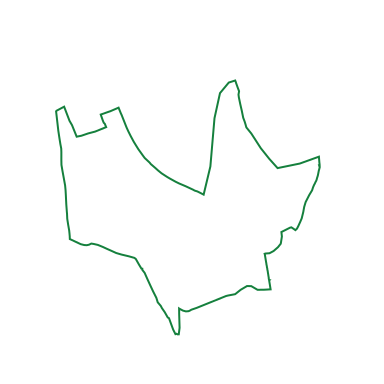 outline of Massade, Gros Islet, Saint Lucia, rotated 338°
{"feature_id": "8701671B41782818655170", "entity_name": "Massade", "entity_type": "district", "adm_level": 2, "iso_a3": "LCA", "parent_name": "Saint Lucia", "parent_adm1": "Gros Islet", "projection": "equal_earth", "projection_center": [-60.949, 14.083], "detail": "fine", "context": "isolated", "style": "outline", "palette": "green", "viewbox_px": 384, "rotation_deg": 338, "n_neighbors": 0, "source": "geoboundaries", "source_scale": "gbopen_adm2", "svg_char_len": 2996}
<svg xmlns="http://www.w3.org/2000/svg" viewBox="0 0 384 384"><g transform="rotate(338 192 192)"><path d="M273.8,104.8L267.1,104.3L255.0,110.8L240.5,132.0L218.6,175.2L201.8,198.8L199.5,196.1L197.2,193.5L195.0,191.7L193.8,190.2L189.7,185.8L188.3,184.3L186.1,182.1L183.3,179.3L180.7,176.4L176.4,171.1L174.5,168.6L172.4,165.6L170.8,163.3L168.6,159.3L167.0,156.0L165.0,152.1L164.3,150.8L163.7,148.8L160.9,142.8L160.4,140.9L160.0,139.3L158.3,132.3L157.5,127.7L156.8,123.5L156.1,117.1L155.7,112.1L155.5,107.9L155.5,106.8L155.6,93.8L155.5,92.7L155.5,86.3L146.9,86.5L136.4,86.0L136.1,92.0L136.1,94.7L136.7,96.1L136.7,99.7L124.8,99.7L117.7,98.8L110.5,98.4L105.8,97.5L105.8,85.1L105.1,80.1L105.4,65.0L96.9,65.9L96.2,66.3L94.6,72.1L93.0,77.9L91.0,85.1L89.4,91.8L87.9,98.3L87.1,102.4L86.9,103.1L85.8,106.1L83.0,113.0L81.1,118.0L79.7,124.4L78.3,131.2L76.8,138.4L75.4,143.1L73.8,147.8L70.8,156.4L68.4,163.9L68.1,165.0L66.3,170.1L65.0,175.6L63.7,181.7L62.8,184.8L62.0,187.4L61.8,187.9L61.1,189.9L61.6,190.4L69.3,198.7L72.2,200.8L74.5,201.9L76.8,202.3L79.3,202.1L81.3,203.3L84.9,205.8L88.8,209.6L91.7,212.7L94.7,215.8L98.9,220.2L103.2,223.6L109.4,228.0L113.9,231.5L114.8,233.0L115.7,239.7L116.4,244.0L117.2,244.5L116.8,245.7L117.8,249.2L118.0,255.5L118.3,262.1L118.7,269.6L119.3,276.8L118.9,281.4L120.4,286.0L120.6,288.3L121.7,293.2L122.5,299.2L123.4,300.4L123.2,306.1L123.0,312.4L123.4,317.6L124.5,317.6L125.3,318.6L126.4,319.0L127.7,316.7L129.6,313.3L131.3,308.7L134.3,300.6L136.4,295.2L136.6,295.5L139.2,298.6L141.6,300.4L144.1,301.2L145.4,301.2L147.3,300.9L152.9,301.2L166.0,301.2L179.2,301.2L184.7,301.2L186.7,301.5L193.7,302.9L200.5,300.9L207.8,299.8L211.7,301.5L216.1,307.2L221.9,309.5L228.4,311.7L229.6,306.5L229.7,306.0L230.4,302.9L230.9,302.7L230.5,302.4L230.6,301.8L230.7,301.3L230.8,300.8L231.0,300.4L231.1,299.9L231.2,299.4L231.4,298.6L231.5,298.1L231.6,297.7L231.7,297.3L231.8,296.9L231.9,296.4L232.0,296.0L232.1,295.5L232.2,295.1L232.3,294.7L232.4,294.3L232.5,293.9L232.6,293.5L232.7,293.0L232.7,292.6L232.8,292.2L232.9,291.9L233.0,291.5L233.1,291.1L233.2,290.8L233.2,290.3L233.3,289.8L233.4,289.5L233.6,288.8L233.7,288.1L233.8,287.7L233.9,287.1L234.0,286.6L234.2,286.0L234.3,285.5L234.4,284.9L236.0,277.8L236.1,277.4L236.2,276.5L237.2,276.6L240.9,277.8L245.5,277.3L251.0,275.4L254.9,273.2L255.6,272.1L258.7,266.9L259.9,262.6L269.5,261.8L270.9,262.0L272.2,263.9L273.6,266.1L275.6,265.3L277.6,263.6L281.0,260.4L283.8,257.6L287.7,252.2L290.4,247.9L293.6,243.9L299.6,238.7L304.0,235.4L305.9,233.1L306.9,232.1L307.8,231.2L308.8,230.4L310.4,228.9L311.4,228.1L312.3,227.1L313.0,226.1L314.5,224.3L315.1,223.5L317.7,219.5L318.3,218.8L319.6,217.0L319.8,215.4L320.1,215.7L320.7,214.0L321.1,212.5L322.9,206.8L302.6,206.0L280.3,201.9L276.1,190.3L272.2,177.2L268.9,160.0L266.6,152.5L266.8,150.6L266.9,149.9L267.2,146.4L267.3,142.3L268.6,135.3L269.7,128.4L270.9,121.8L271.6,119.1L273.4,116.2L273.5,112.2L273.7,107.3L273.8,106.7L273.8,105.2L273.8,104.8Z" fill="none" stroke="#15803d" stroke-width="2"/></g></svg>